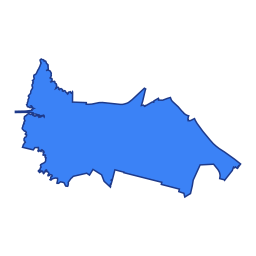 Albert-Eden Local Board Area, Auckland, New Zealand (Natural Earth projection)
{"feature_id": "76426892B596097138687", "entity_name": "Albert-Eden Local Board Area", "entity_type": "district", "adm_level": 2, "iso_a3": "NZL", "parent_name": "New Zealand", "parent_adm1": "Auckland", "projection": "natural_earth1", "projection_center": [174.717, -36.878], "detail": "fine", "context": "isolated", "style": "filled", "palette": "blue", "viewbox_px": 256, "rotation_deg": 0, "n_neighbors": 0, "source": "geoboundaries", "source_scale": "gbopen_adm2", "svg_char_len": 5517}
<svg xmlns="http://www.w3.org/2000/svg" viewBox="0 0 256 256"><path d="M56.6,85.0L56.2,83.8L55.3,83.3L54.8,82.1L54.8,81.6L54.5,81.3L53.1,81.6L52.4,81.3L50.9,82.0L50.8,81.9L51.2,81.7L51.4,81.0L52.0,80.4L52.1,79.4L51.9,78.6L50.8,78.4L50.6,78.2L50.3,78.3L50.1,77.9L50.9,77.0L51.0,76.1L51.3,75.7L51.3,75.4L51.1,74.7L51.3,73.6L51.2,72.9L50.9,72.6L50.3,71.2L49.5,70.6L47.7,70.1L46.0,70.6L47.1,70.1L47.7,69.7L48.3,69.8L48.3,68.6L48.1,67.9L48.2,67.0L47.9,65.9L48.1,65.8L48.1,64.9L46.4,63.2L46.1,62.1L45.6,61.1L45.2,61.0L44.2,61.1L44.0,60.2L43.0,59.6L42.0,59.6L41.3,59.0L40.6,59.4L40.1,59.9L40.1,60.6L40.7,62.1L40.7,62.5L41.0,62.7L41.1,63.1L40.9,63.3L39.8,66.5L39.1,67.8L38.8,68.7L37.9,70.0L36.5,73.1L35.5,74.5L34.8,74.6L34.3,75.1L33.9,75.2L33.7,76.9L34.1,77.8L34.0,78.0L34.2,78.4L34.0,79.1L33.0,80.4L32.9,80.2L32.5,80.4L32.9,80.9L32.9,81.4L33.3,81.9L32.8,82.5L33.1,83.1L32.0,84.8L32.0,85.4L32.2,85.7L32.1,86.2L32.6,87.0L32.4,88.6L31.8,89.2L30.8,91.2L30.6,93.3L28.4,95.8L28.3,96.1L28.4,96.4L29.0,96.9L29.1,97.5L28.0,99.8L28.1,100.2L28.0,101.1L27.8,101.9L27.4,102.4L27.3,104.0L27.1,104.3L26.6,104.6L27.5,106.7L27.8,106.8L28.0,106.7L28.4,106.9L28.5,106.8L29.6,107.5L30.2,107.7L30.6,107.3L31.1,107.3L32.0,107.0L31.5,105.9L31.3,105.9L32.0,106.5L32.1,106.9L32.8,107.6L33.1,108.4L33.7,108.5L33.3,108.7L32.5,108.5L32.7,108.9L32.2,108.9L31.6,109.8L31.9,110.4L25.4,111.1L15.4,111.3L15.4,112.5L29.9,112.3L32.7,112.8L32.5,113.0L33.2,113.3L33.3,114.4L34.0,114.0L35.5,114.0L38.1,114.8L38.9,114.8L39.2,115.0L39.1,115.3L39.5,115.4L40.1,116.2L40.8,116.5L40.8,115.9L41.0,115.6L42.3,115.7L42.8,115.6L43.2,115.1L43.7,115.2L44.0,115.5L44.3,116.8L44.2,117.0L43.7,116.1L43.6,115.7L43.3,115.6L41.2,116.6L41.2,116.8L41.1,116.6L40.7,116.8L40.3,117.1L39.3,117.1L38.9,117.3L38.8,117.1L39.0,116.3L38.7,116.0L37.8,115.7L37.2,115.8L37.0,115.6L35.7,115.7L35.1,116.2L35.0,116.8L34.8,116.2L34.4,115.8L33.4,115.6L32.6,115.1L32.3,114.0L30.5,114.5L28.8,113.6L27.3,114.3L26.4,115.5L25.7,115.7L25.3,116.1L24.6,116.5L24.3,117.1L24.4,117.8L24.1,118.7L24.6,120.1L24.9,120.5L25.0,120.9L24.4,121.3L24.0,122.3L24.1,123.5L23.7,123.5L23.7,124.1L23.0,125.2L22.8,126.7L22.3,127.7L22.2,128.6L22.3,128.9L24.4,131.1L25.1,131.2L25.6,130.7L25.3,131.4L26.0,131.9L26.3,132.4L26.1,133.0L25.2,134.0L25.4,134.4L26.0,134.7L26.3,134.7L26.2,134.9L26.6,135.7L26.3,136.1L26.0,136.9L25.5,137.2L24.9,137.3L24.0,138.9L24.1,139.8L24.1,140.7L25.0,141.3L25.0,142.2L25.2,142.4L24.3,143.2L24.1,143.8L23.4,144.6L22.5,147.3L33.3,149.9L34.9,147.6L38.4,147.5L38.5,148.1L38.3,148.5L38.6,149.3L37.9,150.8L38.0,151.1L38.7,151.5L39.5,150.7L39.9,150.5L41.0,151.5L41.4,151.0L41.3,150.4L41.3,150.1L41.8,149.7L42.2,149.9L42.7,150.5L43.6,151.1L43.8,151.5L43.0,152.0L43.2,152.4L43.7,152.1L44.0,152.4L43.4,153.6L43.4,154.6L43.1,154.6L43.1,155.1L43.6,155.2L45.0,154.9L45.5,155.2L45.5,155.6L45.0,156.3L45.2,157.5L45.9,157.7L46.1,157.9L45.6,159.0L45.7,160.3L45.5,161.2L44.8,162.3L43.2,163.3L42.0,163.7L41.3,164.5L40.7,164.6L40.4,165.3L41.1,167.1L40.4,167.9L40.3,168.6L39.9,169.2L40.2,170.0L39.9,170.4L39.2,170.2L38.6,170.4L38.3,171.0L39.6,172.5L41.7,171.0L42.0,171.5L42.3,171.2L42.6,171.3L42.9,171.9L43.3,173.4L43.6,173.7L43.9,173.5L44.9,171.6L45.6,171.8L45.9,171.7L45.5,170.9L45.4,170.5L46.1,169.9L46.5,169.9L46.8,170.9L47.4,171.5L47.5,171.8L48.0,172.1L49.0,173.3L48.9,173.9L48.4,174.2L47.9,175.1L48.1,175.8L48.9,175.7L50.6,174.6L51.2,174.8L52.0,175.2L52.1,175.5L52.0,176.3L51.6,176.6L51.1,176.7L50.7,177.4L50.8,179.2L50.4,179.2L50.0,179.5L50.4,180.0L51.2,180.0L51.8,179.3L52.5,178.8L54.5,178.2L55.4,178.0L57.5,178.3L57.6,178.8L57.6,180.0L57.4,181.1L56.9,183.1L57.0,183.3L58.6,183.3L60.5,181.8L63.2,182.4L64.2,182.9L65.3,185.4L65.8,186.1L67.6,186.3L68.0,185.8L68.2,184.2L68.4,183.9L68.2,182.4L71.0,178.4L71.8,177.8L73.3,176.3L86.7,173.2L89.5,175.1L93.0,169.4L101.6,174.8L104.1,181.3L110.4,187.1L110.7,185.9L110.0,185.3L110.6,184.0L111.1,184.2L112.1,180.6L111.2,180.3L111.3,180.0L111.7,180.1L111.8,179.7L112.3,179.9L114.9,169.8L124.0,172.2L123.9,172.7L161.8,182.3L161.3,184.4L179.4,189.1L178.8,191.6L183.9,193.3L184.4,195.5L184.8,197.0L190.5,193.5L192.3,185.7L193.2,180.1L200.1,164.9L213.6,164.2L217.9,169.5L219.3,171.9L219.8,173.6L220.1,175.4L220.0,176.8L219.7,178.6L224.3,179.8L224.6,180.3L232.3,170.5L233.5,167.2L234.2,167.9L234.6,167.8L235.3,166.9L236.3,167.6L237.3,168.0L237.1,168.2L237.5,168.4L238.6,166.7L238.1,166.5L238.8,165.6L239.2,165.9L240.6,164.0L234.3,159.0L224.5,152.0L219.2,148.6L216.0,146.1L213.2,143.6L210.1,140.1L202.8,131.3L197.1,123.5L195.3,120.4L194.5,118.6L190.2,120.7L189.4,120.8L188.1,120.6L188.4,119.4L187.9,119.3L187.8,119.1L188.3,117.1L188.7,115.8L187.7,115.6L186.0,114.8L183.8,113.3L183.8,113.0L181.5,110.7L178.2,106.8L172.3,101.3L171.3,99.9L170.4,97.5L167.4,98.4L162.6,100.2L158.6,100.1L158.8,99.4L158.4,98.3L153.9,100.9L153.7,102.2L152.4,101.9L145.4,105.9L145.2,105.6L144.8,105.9L145.0,106.2L144.6,106.4L143.3,105.1L141.4,105.5L142.7,101.1L145.3,90.0L145.7,89.0L144.4,88.2L132.2,99.6L129.8,101.5L128.3,102.6L127.0,103.2L124.4,104.0L122.5,104.4L120.3,104.4L102.4,102.5L99.2,102.6L91.8,104.1L88.7,104.3L86.2,104.2L86.3,102.6L72.5,102.1L72.6,92.2L72.5,91.8L71.5,93.2L70.9,92.9L70.3,91.7L69.5,92.0L68.7,92.1L68.4,92.4L68.4,92.8L68.3,93.2L67.7,94.1L67.1,93.6L67.0,93.0L65.7,92.1L65.4,91.2L65.0,90.8L64.1,90.6L63.3,91.3L62.4,90.9L62.5,89.6L61.0,88.6L60.2,88.8L59.4,89.7L58.7,89.2L58.9,88.4L58.6,87.7L58.3,87.3L57.7,87.3L57.0,87.6L56.2,88.3L55.8,88.5L56.2,87.8L56.0,87.1L56.0,87.3L56.4,87.0L56.7,86.3L56.7,85.8L56.4,85.2L56.6,85.0Z" fill="#3b82f6" stroke="#1e3a8a" stroke-width="1.5"/></svg>